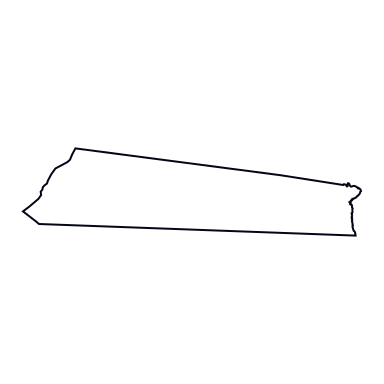 the district of Ngerkesou, Ngchesar, Palau
{"feature_id": "81905179B7495119160888", "entity_name": "Ngerkesou", "entity_type": "district", "adm_level": 2, "iso_a3": "PLW", "parent_name": "Palau", "parent_adm1": "Ngchesar", "projection": "orthographic", "projection_center": [134.602, 7.464], "detail": "fine", "context": "isolated", "style": "outline", "palette": "ink", "viewbox_px": 384, "rotation_deg": 0, "n_neighbors": 0, "source": "geoboundaries", "source_scale": "gbopen_adm2", "svg_char_len": 2136}
<svg xmlns="http://www.w3.org/2000/svg" viewBox="0 0 384 384"><path d="M39.0,224.0L355.6,235.6L355.6,235.2L355.5,234.7L355.4,234.4L355.2,234.0L355.3,233.7L355.2,233.5L355.2,233.1L355.0,232.5L354.9,232.1L354.7,231.7L354.1,231.0L353.7,230.8L353.3,229.6L353.1,228.9L353.0,228.3L352.9,228.2L352.7,227.6L352.6,227.3L352.6,226.8L352.5,226.4L352.7,226.2L352.8,225.8L352.6,225.7L352.6,225.1L352.7,224.5L352.5,224.3L352.6,223.8L352.4,223.1L352.2,222.2L352.0,221.8L352.2,221.5L352.2,221.4L352.2,221.0L352.0,220.7L352.1,220.4L352.1,220.1L352.1,219.9L352.2,219.0L351.9,218.8L352.0,218.4L351.7,218.1L351.7,217.8L352.0,217.7L351.9,217.1L351.7,217.0L351.7,216.8L352.1,216.2L352.0,214.9L351.9,214.8L351.9,214.3L352.0,214.2L352.0,213.7L351.8,213.6L352.0,213.3L351.8,213.0L352.5,212.3L352.4,210.6L352.3,210.3L352.5,209.3L352.4,209.3L352.4,209.0L352.5,209.0L352.6,208.4L352.3,208.0L352.3,207.8L352.0,207.4L352.1,206.6L351.9,205.4L351.7,204.8L351.5,204.7L351.2,204.5L350.9,204.7L350.6,204.6L350.4,204.4L350.6,204.3L350.7,203.1L350.4,203.0L350.0,202.8L349.7,202.7L349.5,202.4L350.2,202.3L350.3,202.2L350.4,201.8L350.2,201.7L350.3,201.6L350.5,201.6L350.8,201.5L350.8,201.4L350.6,201.2L350.6,200.9L350.8,200.7L351.1,200.5L351.1,200.4L351.3,200.2L351.7,200.3L351.8,200.2L352.0,200.2L352.3,199.9L352.1,199.4L352.2,199.2L352.5,199.5L352.8,199.1L353.2,198.8L353.6,198.8L353.9,198.4L354.6,198.2L354.9,198.0L355.9,197.6L356.5,197.0L356.8,196.4L357.5,196.1L358.3,195.3L359.0,194.6L359.1,194.3L359.5,193.9L359.9,193.4L360.3,191.8L361.0,191.2L360.7,190.6L360.6,189.6L360.1,189.1L359.5,188.7L359.1,188.7L358.8,188.4L358.1,188.3L358.3,187.8L357.5,187.5L356.2,186.7L355.3,186.3L354.0,185.9L352.8,186.1L351.6,186.5L350.7,186.5L350.3,186.1L349.7,185.3L349.5,184.3L349.0,183.6L348.1,183.2L347.6,183.7L347.5,185.6L347.6,186.0L347.0,186.4L346.7,186.0L346.2,185.4L345.8,184.9L344.2,184.2L343.6,184.3L343.2,185.0L280.4,175.2L75.4,148.4L72.1,154.6L70.0,159.7L67.5,162.0L55.4,168.5L51.3,174.2L47.9,180.6L47.0,183.5L44.5,185.4L42.8,187.3L42.4,189.7L40.7,191.6L41.1,195.1L38.3,199.0L29.3,206.6L23.0,211.4L35.7,221.2L39.0,224.0Z" fill="none" stroke="#020617" stroke-width="2"/></svg>